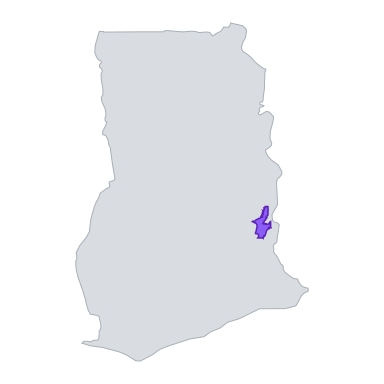 Biakoye, Volta, Ghana (highlighted)
{"feature_id": "2480657B27736636353654", "entity_name": "Biakoye", "entity_type": "district", "adm_level": 2, "iso_a3": "GHA", "parent_name": "Ghana", "parent_adm1": "Volta", "projection": "orthographic", "projection_center": [0.354, 7.392], "detail": "fine", "context": "in_parent", "style": "filled", "palette": "violet", "viewbox_px": 384, "rotation_deg": 0, "n_neighbors": 0, "source": "geoboundaries", "source_scale": "gbopen_adm2", "svg_char_len": 5884}
<svg xmlns="http://www.w3.org/2000/svg" viewBox="0 0 384 384"><path d="M242.6,25.8L245.9,28.9L246.6,30.8L245.4,37.6L242.9,42.4L241.4,46.9L241.6,49.1L243.1,51.3L248.1,54.9L250.7,57.1L253.8,60.6L257.3,64.0L263.3,68.4L265.9,69.2L265.7,70.5L264.9,72.1L264.4,88.6L263.9,92.8L263.5,95.0L262.9,101.1L262.3,102.0L261.1,101.9L260.1,102.2L259.8,103.4L260.2,104.6L263.9,105.5L263.1,106.5L260.4,107.3L259.1,109.1L259.7,111.3L258.2,113.0L258.6,114.1L259.6,114.9L261.1,114.6L265.4,111.8L267.1,111.5L269.3,112.1L273.4,116.4L273.6,118.5L271.9,125.7L270.3,131.3L270.0,138.8L271.7,143.0L271.5,145.3L269.6,147.3L265.4,150.1L265.8,152.1L267.7,155.8L271.2,159.9L278.2,164.9L281.8,171.5L281.9,174.2L279.8,176.9L277.3,179.2L276.5,182.6L277.6,204.6L272.1,214.2L272.1,216.9L272.6,220.1L274.1,222.0L276.9,222.6L279.2,224.4L278.4,231.1L277.2,238.0L277.0,241.3L276.3,242.9L274.1,244.2L273.3,246.3L273.9,249.0L273.5,251.0L274.6,253.5L277.2,256.7L281.2,264.6L282.7,265.2L283.4,266.9L283.0,268.5L284.6,272.0L289.1,275.5L293.8,278.6L297.6,279.0L298.5,281.7L301.0,285.2L302.8,286.7L305.7,287.7L308.1,288.2L308.2,291.2L304.0,293.2L301.1,296.2L298.8,300.9L295.8,305.9L285.2,308.6L281.2,308.6L259.5,308.8L239.2,318.7L227.5,322.3L220.3,327.9L210.6,331.9L203.9,336.7L189.8,339.0L166.8,346.5L159.6,349.5L152.3,354.8L140.4,361.0L135.8,360.8L126.6,355.0L119.6,352.0L102.6,347.5L89.9,345.7L83.7,343.7L82.0,343.4L83.5,341.3L87.0,341.2L90.8,341.8L93.6,340.3L97.7,340.1L98.8,338.4L99.2,334.2L99.2,330.8L100.6,329.3L101.0,325.3L99.0,316.5L97.6,315.5L90.2,314.1L89.6,312.4L88.3,310.5L86.9,305.9L85.3,299.1L82.8,290.7L77.9,276.8L76.7,271.9L75.9,266.9L75.8,260.9L76.8,258.7L76.7,255.6L76.2,252.5L79.8,245.5L86.7,236.9L88.2,233.8L89.5,231.6L89.7,228.5L91.0,218.4L94.4,206.3L96.4,201.7L97.9,199.2L99.6,195.2L100.0,193.3L106.4,188.6L109.3,187.3L109.9,185.4L109.0,183.3L109.4,181.9L110.9,181.3L113.3,180.7L115.0,178.8L112.4,163.7L110.4,148.7L110.3,147.5L109.0,145.4L107.8,139.2L105.7,135.6L102.7,134.5L102.8,131.1L105.8,125.3L106.6,122.0L105.2,121.0L105.0,118.3L106.1,114.1L105.6,111.5L105.1,108.7L102.0,102.1L101.3,97.5L102.9,94.8L102.9,88.8L101.3,79.7L101.1,73.9L102.3,71.5L101.8,69.2L99.5,67.0L99.4,64.9L101.3,62.8L101.1,61.2L98.7,60.0L96.6,57.2L94.8,52.7L95.2,45.6L98.9,32.5L99.4,31.4L103.4,31.5L103.4,32.0L116.0,32.0L130.4,31.9L147.5,31.8L163.2,31.8L163.8,31.2L166.4,30.5L182.2,31.9L192.0,31.2L196.2,31.7L199.3,32.6L206.1,32.0L209.7,32.4L212.5,35.7L213.6,35.6L215.1,34.3L217.8,32.7L220.6,31.4L222.6,28.9L223.8,26.9L225.6,27.3L228.2,27.2L229.9,25.6L230.6,23.0L242.6,25.8Z" fill="#d9dde1" stroke="#a8b0b8" stroke-width="1"/><path d="M268.0,206.7L267.9,206.7L267.7,206.5L267.4,206.5L267.0,206.4L266.8,206.4L266.4,206.6L266.1,206.8L265.9,206.8L265.7,206.9L265.6,206.7L265.5,206.8L265.4,206.9L265.4,207.2L265.3,207.3L265.2,207.2L265.2,207.3L264.9,207.4L264.8,207.5L264.7,207.6L264.5,207.8L264.4,207.8L264.5,207.9L264.4,208.1L264.5,208.2L264.4,208.4L264.2,208.4L264.1,208.5L264.3,208.8L264.1,208.9L264.1,209.0L264.0,209.3L263.9,209.3L263.9,209.5L264.0,209.7L264.0,209.8L263.9,209.8L263.8,210.0L263.7,210.2L263.5,210.4L263.3,210.4L263.3,210.5L263.4,210.8L263.2,211.0L263.3,211.1L263.1,211.0L263.3,211.3L263.6,211.4L263.6,211.5L263.4,211.7L263.2,211.7L263.1,211.9L262.9,211.8L262.7,212.0L262.8,211.9L262.7,212.0L262.8,212.1L263.0,212.2L262.8,212.4L262.7,212.5L262.8,212.5L263.0,212.6L263.2,212.8L263.1,213.0L262.9,213.1L262.8,213.3L263.1,213.5L263.1,213.8L262.9,213.9L263.0,214.0L262.9,214.3L262.8,214.6L262.7,214.6L262.4,214.8L262.4,214.6L262.1,214.6L261.9,214.6L261.9,214.8L262.0,214.8L262.1,215.0L262.3,215.1L262.2,215.3L262.3,215.3L262.2,215.4L261.9,215.6L262.1,215.6L262.1,215.8L262.1,216.0L261.9,216.1L262.0,216.3L261.9,216.4L261.7,216.3L261.7,216.5L261.6,216.8L261.8,216.8L261.7,216.9L261.6,217.0L261.8,217.2L261.7,217.2L261.8,217.3L261.5,217.4L261.4,217.4L260.6,217.6L260.2,217.9L259.8,218.3L259.4,218.5L259.0,218.5L258.7,218.4L257.9,219.0L256.2,219.8L255.5,220.3L255.3,220.8L254.8,221.1L254.0,221.2L253.5,221.3L253.0,221.1L252.4,221.6L253.1,221.8L253.8,222.4L255.0,223.0L255.3,223.0L256.3,223.7L256.8,224.6L257.2,226.7L256.6,228.6L256.0,231.5L255.5,232.9L255.5,233.6L257.2,233.9L258.2,234.3L258.6,235.3L258.7,235.9L258.6,236.4L258.3,236.9L258.0,237.5L257.7,237.9L262.5,238.0L263.1,238.4L263.1,238.2L263.2,237.9L263.3,237.8L263.4,237.7L263.5,237.1L263.7,236.9L263.7,236.6L263.6,236.4L263.7,236.2L263.8,236.4L264.3,236.4L264.7,236.1L265.0,235.4L265.3,235.0L266.4,231.1L267.7,229.0L268.3,228.3L268.7,228.1L268.9,228.2L269.0,228.3L269.1,228.5L269.1,228.4L269.3,228.4L269.3,228.5L269.4,228.4L269.3,228.2L269.6,228.1L269.6,227.9L269.6,227.7L269.4,227.4L269.5,227.4L269.6,227.5L269.8,227.5L270.0,227.7L270.3,227.8L270.4,227.7L270.6,227.7L270.8,227.7L271.0,227.7L270.7,226.7L270.4,225.8L270.6,225.7L270.7,225.2L270.7,224.8L270.7,224.7L270.6,224.2L270.6,223.8L270.7,223.2L270.6,222.0L270.6,221.6L269.8,222.1L269.1,223.2L269.2,223.3L269.2,223.5L269.2,223.8L269.2,224.0L267.3,224.3L267.3,224.2L267.2,224.2L266.9,224.1L266.7,224.0L266.6,223.9L266.4,223.7L266.2,223.8L266.1,223.7L265.9,223.6L265.6,223.8L265.5,223.7L265.4,223.7L265.4,223.8L265.3,224.0L265.2,223.8L264.9,223.9L264.8,224.0L264.7,224.0L264.3,224.0L264.3,223.9L263.2,223.9L263.1,223.7L263.0,223.4L263.0,223.2L263.3,223.1L263.5,223.0L263.4,223.0L263.5,222.9L263.5,222.7L263.8,222.5L264.0,222.4L264.1,222.2L264.0,221.9L264.1,221.6L264.1,221.4L264.0,221.1L264.0,220.9L264.2,220.7L264.4,220.6L264.5,220.4L264.8,220.4L265.0,220.3L265.2,220.2L265.3,220.2L265.5,219.9L265.8,219.3L266.0,218.6L266.1,218.4L266.2,218.1L266.3,218.1L266.5,218.0L266.4,217.9L266.5,217.7L266.4,217.7L266.5,217.6L266.3,217.6L266.4,217.4L266.3,217.0L266.3,216.9L266.3,216.6L266.4,216.4L266.4,216.2L266.7,216.0L267.0,216.0L267.3,215.8L267.4,215.7L267.6,215.4L267.9,215.1L268.0,213.1L268.0,211.3L268.1,211.0L268.1,210.7L268.1,209.9L268.0,208.4L268.0,206.7Z" fill="#8b5cf6" stroke="#5b21b6" stroke-width="1.5"/></svg>